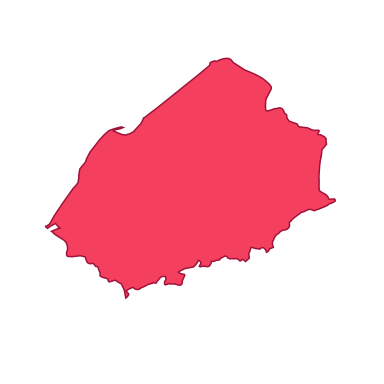 the border of Poland, rotated 319°
{"feature_id": "POL", "entity_name": "Poland", "entity_type": "country or territory", "adm_level": 0, "iso_a3": "POL", "parent_name": "Europe", "parent_adm1": "", "projection": "robinson", "projection_center": [19.099, 51.929], "detail": "fine", "context": "isolated", "style": "filled", "palette": "rose", "viewbox_px": 384, "rotation_deg": 319, "n_neighbors": 0, "source": "natural_earth", "source_scale": "50m", "svg_char_len": 3880}
<svg xmlns="http://www.w3.org/2000/svg" viewBox="0 0 384 384"><g transform="rotate(319 192 192)"><path d="M313.8,205.9L315.3,208.3L316.0,210.1L315.4,211.6L315.6,213.1L317.0,214.6L321.3,219.4L323.4,224.0L324.8,225.8L327.9,228.2L328.2,229.1L327.0,230.0L326.0,230.1L325.3,230.4L324.8,231.2L325.6,232.1L326.7,233.3L328.1,237.0L328.1,240.0L327.1,240.8L325.8,242.5L325.0,244.2L317.8,245.3L316.1,247.0L312.3,250.4L309.6,252.3L305.7,255.8L299.6,261.9L297.3,264.4L295.6,266.6L290.6,272.2L289.1,274.6L289.4,276.5L291.1,281.1L291.5,283.2L291.3,285.1L290.8,286.8L290.9,287.5L292.4,288.8L294.9,290.7L295.0,291.4L294.7,292.2L293.9,292.8L290.8,292.2L287.4,290.9L286.3,291.0L284.4,290.7L276.9,288.2L271.8,286.2L271.2,284.9L270.3,283.0L268.1,281.5L263.1,280.1L261.1,279.1L253.0,278.5L249.5,278.4L247.1,278.9L245.5,278.8L243.3,281.6L241.9,282.4L239.7,282.5L237.7,282.0L235.8,280.5L232.6,279.8L230.4,280.1L228.7,279.8L227.2,279.7L226.7,280.0L225.6,280.0L223.9,280.7L222.1,281.7L220.1,282.4L218.5,284.0L217.1,287.2L213.2,285.8L211.9,286.4L210.0,286.8L208.7,286.4L209.0,285.3L209.6,284.1L209.6,282.3L209.2,280.5L208.0,279.8L206.2,279.6L205.2,279.2L205.1,278.6L204.2,277.8L202.5,275.8L201.0,273.3L200.0,272.5L198.4,273.7L196.1,275.1L194.6,275.5L191.8,279.5L186.8,279.6L186.5,277.8L186.0,276.0L183.0,275.6L182.9,274.5L182.3,271.9L176.4,266.9L175.7,264.7L176.0,263.9L175.6,262.6L174.3,261.8L169.6,260.8L168.4,261.4L167.4,260.8L165.7,259.6L162.7,258.6L162.4,258.1L161.4,257.2L160.8,257.1L160.4,257.6L159.6,258.4L156.5,259.3L155.3,258.9L154.2,258.1L153.0,256.4L151.2,254.8L149.7,254.3L148.9,253.5L148.7,252.9L152.0,251.6L152.7,250.3L152.3,248.0L151.8,247.7L150.5,248.5L147.8,249.2L145.2,249.5L143.9,249.5L136.7,245.3L132.0,243.9L129.2,243.6L128.9,244.0L130.1,246.4L132.2,249.3L132.1,250.1L129.5,251.3L128.0,251.9L126.3,252.9L124.8,254.3L123.5,255.0L122.4,254.8L121.2,254.1L118.3,249.7L114.5,246.4L114.1,245.6L112.9,245.5L111.2,244.7L110.7,243.7L111.6,242.6L112.7,241.6L114.8,241.0L115.4,240.5L115.8,239.6L116.6,238.5L116.4,238.1L114.9,236.9L112.8,235.7L106.9,236.6L105.2,237.2L104.3,236.4L103.6,235.2L102.1,234.9L100.1,233.8L97.7,232.8L95.3,232.4L90.4,230.9L88.5,230.8L87.4,230.3L86.2,229.1L85.3,227.8L84.9,225.2L81.2,224.0L77.6,223.3L77.4,223.7L77.4,226.3L77.2,227.7L74.8,228.6L72.4,228.6L72.6,228.2L75.5,223.5L76.9,220.5L78.4,215.0L76.8,210.7L76.4,208.7L75.6,207.8L70.7,205.7L70.3,204.9L71.2,202.1L70.8,200.9L69.7,199.6L68.2,197.1L67.6,195.0L69.7,192.5L70.2,190.7L71.2,188.2L71.8,186.8L72.0,186.4L70.7,185.4L70.4,184.0L70.8,182.1L70.1,180.6L68.4,179.6L67.3,178.4L66.8,176.8L67.3,174.3L68.8,171.0L66.0,166.9L59.1,162.2L55.8,158.9L56.1,157.0L57.7,155.3L60.4,153.7L62.5,151.0L63.8,147.8L63.8,147.2L63.9,144.9L61.1,135.4L60.6,133.1L60.4,130.2L60.2,129.5L66.3,131.5L68.8,132.6L68.5,131.3L68.1,130.2L68.4,128.6L68.3,126.2L62.8,125.0L59.1,124.6L58.7,122.9L59.1,121.8L60.1,122.5L63.7,122.7L72.7,119.5L88.2,115.3L104.7,111.3L108.5,110.9L112.4,110.1L113.8,108.6L115.3,107.6L117.6,105.0L122.5,101.0L131.3,99.5L134.5,97.6L141.4,94.9L156.9,91.9L163.4,91.2L169.7,91.2L175.4,93.5L181.4,96.5L182.4,98.2L179.2,97.1L174.5,94.5L172.7,94.4L176.7,102.4L178.9,105.2L183.4,107.3L187.2,108.1L198.7,106.8L202.8,105.1L204.0,104.3L205.0,104.7L212.5,105.1L220.1,105.6L232.4,106.1L245.1,106.6L258.3,107.1L272.6,107.7L287.7,108.0L288.6,107.8L290.2,106.4L292.0,106.6L294.3,107.5L295.3,108.1L295.8,108.8L296.1,109.6L297.3,109.8L299.5,110.4L302.6,111.8L305.0,113.2L307.3,115.2L308.1,117.4L308.2,119.9L308.1,121.5L308.3,122.2L311.7,134.0L317.1,145.3L319.2,150.8L320.0,153.7L320.7,158.0L321.0,160.9L321.0,162.6L320.7,164.9L319.2,166.3L309.4,170.2L307.6,171.4L304.7,174.4L302.1,177.5L301.5,178.6L301.4,179.3L302.0,180.3L305.6,182.0L309.2,183.4L310.4,184.4L313.1,185.7L314.0,186.8L314.6,187.8L314.6,190.2L313.5,193.4L314.1,195.8L312.9,197.4L312.0,199.2L311.9,202.4L313.8,205.9Z" fill="#f43f5e" stroke="#9f1239" stroke-width="1.5"/></g></svg>